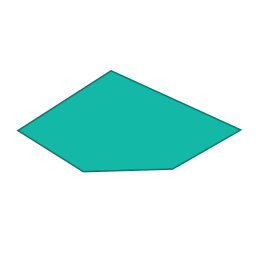 outline of George Hill, rotated 60°
{"feature_id": "AIA-5116", "entity_name": "George Hill", "entity_type": "District", "adm_level": 1, "iso_a3": "AIA", "parent_name": "Anguilla", "parent_adm1": "", "projection": "robinson", "projection_center": [-63.068, 18.211], "detail": "fine", "context": "isolated", "style": "filled", "palette": "teal", "viewbox_px": 256, "rotation_deg": 60, "n_neighbors": 0, "source": "natural_earth", "source_scale": "10m", "svg_char_len": 238}
<svg xmlns="http://www.w3.org/2000/svg" viewBox="0 0 256 256"><g transform="rotate(60 128 128)"><path d="M70.0,114.1L186.0,31.4L185.8,110.0L143.5,188.5L75.2,224.6L70.0,114.1Z" fill="#14b8a6" stroke="#0f766e" stroke-width="1.5"/></g></svg>